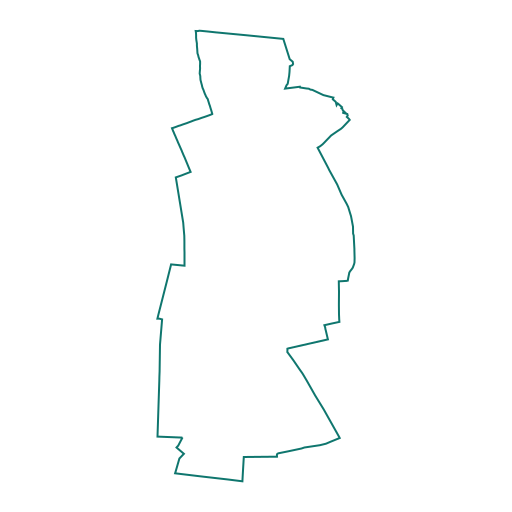 Cuca, Galati, Romania
{"feature_id": "2599482B7817102818431", "entity_name": "Cuca", "entity_type": "district", "adm_level": 2, "iso_a3": "ROU", "parent_name": "Romania", "parent_adm1": "Galati", "projection": "albers", "projection_center": [27.903, 45.741], "detail": "fine", "context": "isolated", "style": "outline", "palette": "teal", "viewbox_px": 512, "rotation_deg": 0, "n_neighbors": 0, "source": "geoboundaries", "source_scale": "gbopen_adm2", "svg_char_len": 3468}
<svg xmlns="http://www.w3.org/2000/svg" viewBox="0 0 512 512"><path d="M242.4,481.3L242.9,472.2L243.8,457.0L264.3,456.8L277.0,456.7L276.9,455.1L277.0,454.4L277.4,453.8L278.4,453.3L288.3,451.3L301.5,448.5L304.4,447.5L319.9,445.2L326.0,443.7L330.4,441.8L339.7,438.0L339.3,437.2L327.8,416.7L323.7,409.4L315.1,395.4L306.9,380.9L303.0,374.3L302.1,372.9L299.6,369.4L293.1,359.9L287.3,352.0L287.4,351.3L287.4,350.2L287.4,348.7L288.3,348.4L327.9,339.4L325.8,330.5L325.4,329.0L325.2,327.5L324.4,325.2L331.9,323.5L339.4,321.9L339.2,319.3L339.0,314.4L338.9,305.0L339.0,291.6L338.9,287.1L338.8,281.3L341.8,281.2L344.6,281.0L346.6,280.9L347.8,280.6L347.8,280.3L348.0,279.3L348.2,278.1L348.9,274.7L349.3,272.6L350.0,271.4L352.1,268.7L352.8,267.6L354.1,264.1L354.5,262.4L354.6,258.1L354.4,250.5L354.4,249.0L353.9,239.5L353.7,235.5L353.1,233.6L353.0,226.7L351.6,219.2L351.0,216.1L350.0,212.9L348.2,207.0L346.7,203.9L341.6,194.7L340.6,192.4L337.2,184.5L329.2,170.0L328.2,167.9L317.6,147.7L320.2,146.2L322.6,144.3L324.3,142.6L326.3,140.5L329.4,137.3L331.1,135.5L337.2,131.3L341.0,128.8L342.7,127.3L349.7,119.9L348.9,118.8L346.8,116.9L347.7,115.6L347.3,114.0L342.4,112.7L344.9,112.3L342.8,110.3L342.3,108.8L341.4,108.2L342.0,107.2L338.2,103.8L337.6,103.4L336.6,105.1L335.7,101.8L332.8,99.3L333.4,97.6L332.9,97.5L323.4,95.1L312.4,89.9L310.4,89.6L308.8,88.7L306.6,88.5L300.1,87.5L299.9,86.7L298.6,86.9L292.3,87.7L285.1,88.6L286.5,85.3L287.7,83.8L289.1,76.0L289.5,72.0L289.8,66.2L292.4,65.1L293.1,64.0L292.7,61.7L289.7,59.2L288.6,55.7L283.3,38.9L245.8,35.2L231.0,33.8L218.4,32.6L216.1,32.4L207.8,31.5L200.7,30.8L199.8,30.8L199.4,30.7L197.7,31.1L195.7,31.0L195.9,32.2L196.0,33.1L196.1,35.0L196.1,36.8L196.1,37.5L196.1,38.0L196.2,38.6L196.3,39.8L196.9,43.5L196.9,45.5L197.0,46.9L197.2,48.9L197.3,50.4L197.4,52.2L197.5,53.4L197.6,53.8L197.8,54.2L198.2,55.4L198.3,56.0L198.4,56.3L198.5,56.8L198.7,57.5L199.1,58.5L199.2,59.0L199.6,60.1L200.0,61.1L200.1,61.6L200.1,62.4L200.1,63.1L200.1,64.1L200.0,65.4L200.0,67.1L200.1,68.2L200.0,69.1L200.0,70.0L199.9,70.5L199.8,71.8L199.7,73.2L199.7,73.8L199.8,74.0L200.0,74.8L200.2,75.7L200.3,76.3L200.3,77.2L200.4,78.1L200.4,78.9L200.5,79.8L200.6,80.3L200.7,80.8L200.9,81.4L201.0,81.8L201.1,82.3L201.5,83.8L201.9,85.2L202.1,86.3L202.4,87.3L202.7,88.3L203.1,89.1L203.6,90.3L204.1,91.8L204.5,92.8L204.8,93.7L205.3,94.7L206.0,96.4L206.6,97.4L206.8,97.8L207.4,98.6L207.7,99.0L207.9,99.6L208.1,100.4L208.7,102.3L209.3,104.3L209.9,105.9L210.5,108.0L211.3,110.5L211.9,112.6L212.3,114.0L212.2,114.1L210.9,114.6L209.4,115.2L206.6,116.2L204.3,117.0L201.5,117.9L199.6,118.6L198.2,119.1L195.6,119.8L193.1,120.7L191.1,121.5L189.2,122.2L186.9,123.1L184.5,123.9L182.7,124.5L180.3,125.4L178.5,125.9L177.0,126.5L175.1,127.2L173.1,127.9L172.0,128.2L172.3,129.0L172.9,130.4L173.2,131.3L173.6,132.0L174.3,133.8L175.4,136.2L176.3,138.4L177.3,140.6L178.0,142.4L178.8,144.1L179.5,145.7L180.2,147.3L181.8,150.9L182.1,151.8L182.5,152.6L182.9,153.6L183.4,154.8L184.2,156.6L184.5,157.2L189.2,168.6L190.6,171.9L183.6,174.6L181.6,175.4L175.8,177.4L176.8,183.4L183.2,222.6L183.6,227.7L184.3,235.8L184.4,241.3L184.4,248.8L184.5,252.3L184.5,265.7L171.1,264.4L166.7,282.0L158.4,314.6L157.4,318.7L159.5,318.7L162.1,319.4L160.0,344.6L159.6,371.4L159.4,376.6L159.3,381.0L157.5,436.6L182.4,437.6L182.5,437.5L178.2,445.7L177.2,446.7L176.5,447.5L183.9,453.8L179.4,458.5L175.5,472.0L175.1,473.3L200.1,476.3L207.9,477.2L228.1,479.5L242.4,481.3Z" fill="none" stroke="#0f766e" stroke-width="2"/></svg>